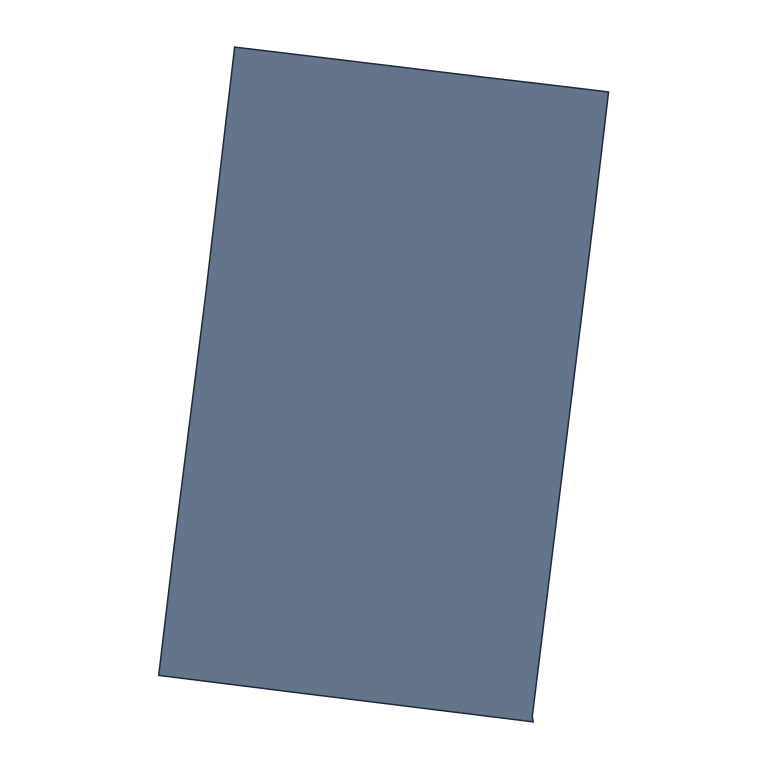 the district of Harvey, Kansas, United States of America, rotated 277°
{"feature_id": "52423323B99569096739159", "entity_name": "Harvey", "entity_type": "district", "adm_level": 2, "iso_a3": "USA", "parent_name": "United States of America", "parent_adm1": "Kansas", "projection": "natural_earth1", "projection_center": [-97.372, 38.043], "detail": "fine", "context": "isolated", "style": "filled", "palette": "slate", "viewbox_px": 768, "rotation_deg": 277, "n_neighbors": 0, "source": "geoboundaries", "source_scale": "gbopen_adm2", "svg_char_len": 358}
<svg xmlns="http://www.w3.org/2000/svg" viewBox="0 0 768 768"><g transform="rotate(277 384 384)"><path d="M67.3,195.9L67.0,341.9L66.8,573.3L71.9,571.7L573.4,571.9L701.2,571.3L701.1,509.1L701.0,508.3L701.1,496.3L701.0,494.2L700.7,445.3L700.5,319.7L700.2,194.7L448.0,196.1L193.9,195.4L67.3,195.9Z" fill="#64748b" stroke="#1e293b" stroke-width="1.5"/></g></svg>